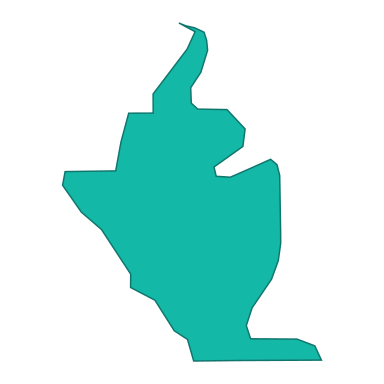 outline of West Baton Rouge, Louisiana, United States of America
{"feature_id": "52423323B55664774745263", "entity_name": "West Baton Rouge", "entity_type": "district", "adm_level": 2, "iso_a3": "USA", "parent_name": "United States of America", "parent_adm1": "Louisiana", "projection": "equal_earth", "projection_center": [-91.297, 30.491], "detail": "fine", "context": "isolated", "style": "filled", "palette": "teal", "viewbox_px": 384, "rotation_deg": 0, "n_neighbors": 0, "source": "geoboundaries", "source_scale": "gbopen_adm2", "svg_char_len": 729}
<svg xmlns="http://www.w3.org/2000/svg" viewBox="0 0 384 384"><path d="M194.6,27.8L185.4,25.7L178.9,23.0L195.1,31.7L187.2,49.0L153.1,94.0L153.2,113.1L128.7,113.2L121.0,141.9L115.7,170.9L65.1,171.6L62.6,185.3L81.4,212.2L101.4,229.4L130.7,274.1L130.6,287.5L154.9,300.2L174.3,330.8L183.0,336.5L187.5,339.4L193.7,361.0L237.9,360.5L321.4,360.1L314.8,345.9L297.0,339.1L250.6,338.8L246.3,325.6L252.1,307.8L271.5,279.3L278.3,260.6L280.7,243.2L280.6,230.0L280.5,224.9L279.7,175.5L277.0,164.7L270.6,159.3L250.4,168.4L230.3,177.2L216.2,176.3L214.0,167.0L242.9,146.4L245.1,129.0L227.0,109.6L197.8,109.1L191.3,103.2L190.7,87.7L200.8,72.4L207.6,50.3L206.6,40.2L204.0,32.2L194.6,27.8Z" fill="#14b8a6" stroke="#0f766e" stroke-width="1.5"/></svg>